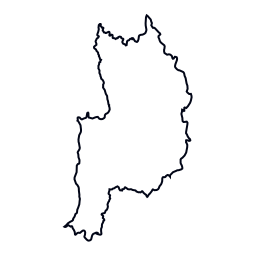 the district of Antanambao Manampontsy, Atsinanana, Madagascar
{"feature_id": "10022922B63046975451138", "entity_name": "Antanambao Manampontsy", "entity_type": "district", "adm_level": 2, "iso_a3": "MDG", "parent_name": "Madagascar", "parent_adm1": "Atsinanana", "projection": "natural_earth1", "projection_center": [48.439, -19.564], "detail": "fine", "context": "isolated", "style": "outline", "palette": "ink", "viewbox_px": 256, "rotation_deg": 0, "n_neighbors": 0, "source": "geoboundaries", "source_scale": "gbopen_adm2", "svg_char_len": 5764}
<svg xmlns="http://www.w3.org/2000/svg" viewBox="0 0 256 256"><path d="M151.7,22.4L151.3,21.9L150.8,19.8L150.6,19.4L147.6,16.0L146.7,15.4L146.0,17.2L145.6,23.2L145.7,25.6L146.4,29.6L146.3,30.6L145.5,32.8L144.5,33.7L142.7,34.6L140.4,34.9L139.2,35.6L138.9,36.3L138.5,39.3L137.8,41.2L137.1,41.9L136.4,41.9L135.8,41.4L135.0,41.2L133.3,38.5L133.0,38.6L132.6,39.2L132.4,39.2L132.3,38.1L131.9,38.1L130.9,38.8L130.1,38.9L129.0,40.2L127.8,40.6L127.1,41.3L126.6,45.1L125.8,45.4L124.9,44.3L123.2,43.7L122.5,42.6L122.3,42.0L122.4,41.5L123.3,39.6L123.3,39.0L123.0,38.7L121.6,38.3L121.3,38.0L121.0,37.0L120.7,36.8L119.5,36.6L118.2,37.2L117.8,38.1L117.4,38.3L116.5,38.2L115.7,39.0L114.3,38.2L113.0,38.1L112.7,37.8L112.6,35.6L112.5,35.1L112.3,34.9L111.5,34.7L110.3,35.6L109.8,35.7L109.4,35.4L109.4,34.9L109.7,33.3L109.3,32.0L108.9,31.8L108.4,31.9L106.1,33.0L105.4,33.0L104.7,32.4L103.9,32.4L103.2,31.0L102.7,30.6L102.7,30.1L103.2,28.7L103.4,28.1L103.3,27.8L102.8,27.6L102.0,27.7L101.7,27.4L101.7,27.0L101.4,26.6L100.5,25.9L100.8,24.3L100.6,24.0L99.9,24.0L99.2,24.6L98.8,25.1L98.5,27.6L98.8,29.2L98.3,31.6L97.3,34.4L97.3,35.1L97.7,35.6L98.7,36.2L98.8,36.6L98.1,37.7L96.8,38.6L95.6,41.2L95.7,41.8L96.4,43.7L96.4,44.8L94.5,46.3L94.1,46.7L94.0,47.2L94.3,48.3L96.0,49.5L96.5,50.9L97.1,51.4L98.1,52.7L98.2,54.1L99.0,55.3L98.9,56.3L99.6,57.4L99.9,58.7L100.0,59.1L101.1,59.8L100.9,60.2L100.4,60.7L100.3,62.0L99.3,62.4L99.2,62.8L99.1,64.4L98.4,65.9L98.5,67.1L98.4,68.4L99.5,70.4L99.4,73.0L100.4,75.1L100.4,76.0L101.0,77.4L101.2,78.7L102.5,79.8L103.1,80.7L103.8,82.3L103.8,83.3L103.1,84.7L103.2,86.4L103.0,87.2L103.6,88.5L104.5,89.6L104.8,90.3L105.8,93.8L107.1,96.0L107.4,99.3L108.0,101.1L108.5,104.3L109.2,105.1L108.9,105.9L109.4,107.1L109.7,109.3L109.3,110.6L108.2,112.5L107.3,113.2L105.7,114.0L105.3,114.5L104.9,115.2L104.7,117.3L104.3,117.9L102.6,119.0L101.0,119.2L99.4,118.8L97.8,116.9L96.6,117.0L95.2,117.4L92.5,118.5L88.8,117.5L88.5,116.4L88.4,113.2L88.3,112.9L88.0,112.6L87.4,112.9L87.2,113.3L86.5,117.0L85.9,117.8L85.5,118.0L84.3,118.3L81.9,119.4L81.0,119.0L79.6,117.5L78.2,117.3L77.7,117.6L77.6,118.4L77.8,119.9L77.5,120.6L77.8,120.7L78.6,121.8L80.5,125.2L81.0,129.5L81.0,130.9L80.8,132.0L80.4,132.9L79.2,135.2L78.5,139.4L78.6,142.0L78.9,142.8L79.8,147.9L79.5,149.2L77.8,152.0L77.7,152.6L78.3,154.4L78.5,157.3L79.4,159.7L79.5,160.9L79.3,163.3L79.1,163.6L77.8,164.1L77.4,164.6L76.8,165.7L76.6,172.2L74.6,177.4L74.5,179.3L76.0,183.6L77.4,185.1L78.5,187.0L78.8,188.3L78.9,190.8L79.4,194.8L79.3,196.6L79.9,198.9L79.6,201.1L79.3,204.3L78.2,207.6L77.3,209.7L77.0,212.4L76.8,213.0L75.4,214.1L74.6,216.6L73.6,218.0L73.0,219.2L73.1,219.7L72.9,220.1L72.2,220.8L70.2,221.8L67.8,223.4L66.6,224.9L64.4,226.7L65.0,227.0L65.6,226.9L66.5,226.5L67.8,225.2L68.2,225.1L70.7,226.6L71.7,226.2L72.0,226.3L72.2,226.6L72.8,228.5L73.6,229.5L74.7,231.8L75.0,234.4L75.3,234.7L75.7,234.6L77.4,233.0L78.4,232.7L79.9,232.9L82.6,230.7L83.3,230.5L84.1,230.6L84.8,231.2L85.2,232.4L85.0,234.6L84.4,236.5L84.6,237.3L86.8,239.7L88.2,240.6L89.0,240.6L90.5,240.1L91.2,239.2L92.0,236.0L92.5,234.8L93.3,233.9L96.0,232.7L96.9,232.6L97.8,233.0L97.8,233.3L97.2,233.9L97.7,234.1L100.0,234.7L100.6,234.6L101.2,234.3L101.4,233.9L101.4,233.5L101.1,231.1L101.1,228.9L101.9,226.9L101.9,225.3L102.1,224.1L103.1,222.3L103.3,221.0L104.0,220.6L104.3,220.1L104.1,219.3L102.8,217.9L103.2,216.4L103.1,215.9L101.7,214.7L101.6,214.3L101.9,213.8L102.2,213.6L104.3,213.1L104.8,212.9L105.7,210.6L106.9,209.7L107.6,208.0L107.9,206.6L107.5,204.4L108.4,202.0L109.0,201.3L109.4,199.9L110.2,198.5L109.7,197.3L109.8,196.4L110.1,195.6L110.1,195.3L108.7,193.9L108.6,193.4L108.9,192.1L109.3,191.1L109.5,189.3L110.2,189.5L112.0,189.4L112.7,188.7L114.4,188.2L115.5,187.3L117.5,186.4L118.7,187.3L119.4,189.4L119.6,189.5L120.1,190.3L122.1,190.5L122.4,189.2L123.3,189.2L123.8,189.0L124.3,188.6L124.7,187.6L125.1,187.3L126.4,188.0L127.7,189.1L129.1,189.4L131.0,189.2L132.8,190.0L135.3,190.4L135.7,190.6L136.4,191.5L138.5,192.3L139.5,192.2L140.6,192.4L142.1,191.2L142.5,191.4L143.6,192.9L145.4,194.4L146.0,194.7L146.3,195.3L146.4,195.8L147.2,196.9L147.5,196.7L149.0,194.3L149.6,193.9L151.8,191.1L152.5,189.7L152.9,189.4L154.4,190.2L156.7,190.0L158.1,189.2L158.7,188.4L159.5,186.3L161.1,184.3L161.7,182.9L162.2,181.2L162.3,178.3L162.8,177.3L163.5,177.1L164.7,177.2L165.0,177.1L165.5,176.8L166.0,176.0L167.5,175.0L168.5,175.2L169.6,176.1L170.0,176.6L170.0,175.5L170.3,175.0L173.0,172.2L176.3,170.8L177.2,170.3L178.7,170.2L181.2,169.4L182.3,168.6L182.3,167.3L181.8,165.5L180.8,163.6L180.6,162.8L180.6,159.5L181.1,158.7L182.5,157.7L184.6,155.5L186.2,152.5L187.2,147.2L187.3,144.9L186.5,142.9L186.1,142.5L186.1,140.3L186.4,140.2L188.0,140.4L189.0,140.9L190.0,140.7L190.3,140.4L190.3,140.1L189.8,138.9L189.0,138.3L187.7,136.4L186.9,134.4L186.1,133.4L186.1,132.0L187.4,124.3L187.5,122.8L186.8,121.7L186.4,121.6L185.2,121.9L183.6,122.0L182.7,121.3L182.4,119.4L182.4,118.1L181.4,114.0L181.5,113.4L182.0,111.6L182.1,109.7L183.2,110.1L183.9,111.0L184.3,110.8L184.3,107.8L184.7,107.5L186.3,108.0L188.0,106.1L190.1,102.8L190.9,100.6L191.6,97.3L191.5,95.9L190.9,93.9L189.2,94.0L187.4,92.5L186.7,91.5L187.6,88.9L187.4,85.7L186.6,83.5L185.6,78.1L184.6,75.8L184.2,73.7L183.8,72.7L183.3,72.1L182.3,71.6L179.4,70.3L178.4,70.2L177.8,69.8L176.9,69.2L175.3,67.4L175.0,66.2L175.4,64.2L176.9,60.2L177.1,58.9L176.8,57.4L175.8,56.9L174.8,56.8L173.7,58.5L173.0,58.8L172.4,58.1L171.9,56.1L170.8,55.0L170.2,54.6L168.9,54.3L167.1,54.7L164.5,53.0L164.1,51.5L164.1,49.6L164.4,48.8L164.6,47.1L164.7,46.4L164.3,45.3L161.3,42.9L160.2,41.7L159.6,40.3L159.2,38.8L158.5,37.4L158.5,36.3L158.6,36.0L160.2,34.5L160.3,34.4L160.2,33.9L159.8,33.2L158.8,32.4L154.9,28.2L153.9,27.7L153.4,27.9L153.0,27.9L152.4,27.1L151.3,25.3L151.9,23.2L151.7,22.4Z" fill="none" stroke="#020617" stroke-width="2"/></svg>